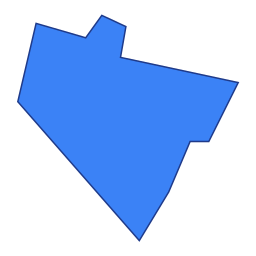 the border of Saint Anne Sandy Point
{"feature_id": "KNA-5100", "entity_name": "Saint Anne Sandy Point", "entity_type": "Parish", "adm_level": 1, "iso_a3": "KNA", "parent_name": "Saint Kitts and Nevis", "parent_adm1": "", "projection": "albers", "projection_center": [-62.834, 17.356], "detail": "fine", "context": "isolated", "style": "filled", "palette": "blue", "viewbox_px": 256, "rotation_deg": 0, "n_neighbors": 0, "source": "natural_earth", "source_scale": "10m", "svg_char_len": 267}
<svg xmlns="http://www.w3.org/2000/svg" viewBox="0 0 256 256"><path d="M139.3,240.6L17.8,101.7L36.1,23.4L85.7,37.8L101.8,15.4L125.9,26.6L120.5,57.4L238.2,82.6L208.8,141.5L190.1,141.5L168.7,192.0L139.3,240.6Z" fill="#3b82f6" stroke="#1e3a8a" stroke-width="1.5"/></svg>